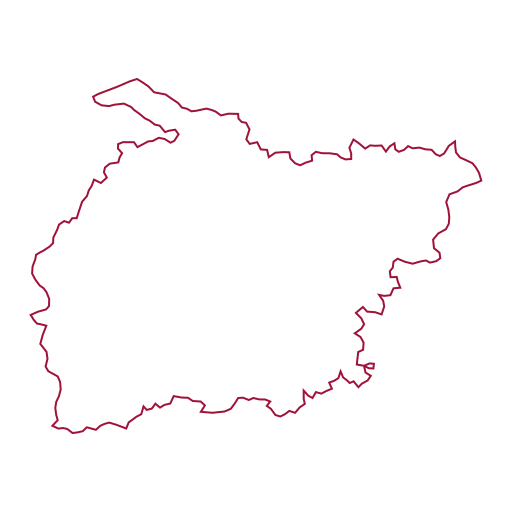 Tamarana, Paraná, Brazil
{"feature_id": "56859067B49132852367712", "entity_name": "Tamarana", "entity_type": "district", "adm_level": 2, "iso_a3": "BRA", "parent_name": "Brazil", "parent_adm1": "Paraná", "projection": "mercator", "projection_center": [-51.042, -23.816], "detail": "fine", "context": "isolated", "style": "outline", "palette": "rose", "viewbox_px": 512, "rotation_deg": 0, "n_neighbors": 0, "source": "geoboundaries", "source_scale": "gbopen_adm2", "svg_char_len": 3596}
<svg xmlns="http://www.w3.org/2000/svg" viewBox="0 0 512 512"><path d="M94.0,179.6L91.7,185.8L88.8,190.4L87.0,196.0L82.1,201.7L78.8,211.6L76.7,218.2L72.2,218.2L69.0,222.7L64.1,221.1L59.0,224.6L57.3,229.5L53.3,237.6L53.1,243.1L49.7,246.5L43.4,250.7L39.6,252.6L36.0,254.9L35.3,259.3L32.6,266.4L32.1,273.5L35.5,279.9L39.8,285.6L43.6,288.2L46.5,292.2L49.2,298.9L49.0,306.1L46.1,309.4L38.0,311.7L30.7,314.9L33.7,319.8L36.9,323.5L41.6,324.5L46.3,325.7L42.7,335.0L40.3,343.9L46.5,351.8L47.5,358.7L45.6,366.5L48.3,371.2L57.7,376.4L60.1,382.0L60.7,389.4L59.0,396.0L56.2,402.0L55.3,407.9L56.2,414.8L57.7,420.2L52.4,425.8L58.5,428.6L63.0,428.0L67.3,429.0L72.5,433.0L77.5,432.4L82.7,431.2L86.8,427.3L95.9,429.8L100.3,425.8L104.5,423.9L109.1,422.6L115.9,424.6L126.2,428.5L128.7,422.4L136.5,416.7L141.3,414.2L143.5,406.4L146.7,409.9L151.8,408.6L155.4,403.7L160.0,407.6L164.4,404.9L170.3,403.5L173.7,396.1L181.3,397.5L188.0,397.8L192.8,401.0L200.7,401.5L204.9,405.4L200.9,411.8L212.6,412.8L216.9,412.3L224.6,411.5L230.8,408.8L234.8,403.4L238.2,398.0L243.0,397.7L248.8,400.0L253.3,398.0L259.2,399.4L265.2,399.5L270.2,401.5L266.8,405.9L270.9,408.8L275.4,415.0L280.3,416.5L284.8,414.3L289.3,410.9L295.1,412.8L299.7,407.4L304.8,403.9L303.7,398.8L303.7,390.6L308.2,395.6L312.5,398.0L315.9,392.1L321.3,393.6L326.6,390.9L331.9,388.7L329.2,382.6L334.1,380.8L338.4,378.1L340.6,371.4L343.1,377.4L346.7,380.1L349.7,383.0L353.6,381.3L358.4,387.2L361.8,383.7L367.6,380.5L370.8,375.8L365.5,372.5L364.0,365.8L356.8,364.5L358.2,352.0L363.1,349.8L363.6,342.7L360.5,337.0L354.8,333.3L361.3,328.7L364.1,324.2L361.3,318.3L355.9,312.9L362.9,307.0L367.1,311.6L375.1,312.2L381.6,314.4L384.2,306.5L383.2,300.8L379.1,294.9L384.3,295.9L390.4,295.2L393.5,288.3L400.3,287.7L398.0,282.2L396.7,277.0L390.6,277.2L389.8,271.3L392.8,267.6L393.5,261.7L397.6,258.7L405.0,261.8L412.6,263.7L421.1,261.3L426.0,260.5L430.0,262.6L436.2,261.2L440.3,258.2L439.5,252.7L434.0,248.2L433.1,239.6L438.3,233.4L445.9,229.2L448.8,223.8L449.3,217.2L448.4,209.8L446.2,202.0L449.5,194.3L457.6,191.4L462.6,187.4L467.1,185.8L472.0,184.3L476.8,182.7L481.3,180.6L479.0,172.8L475.6,167.1L472.4,163.2L465.9,160.1L459.9,157.4L456.0,152.4L455.3,146.9L455.0,141.4L448.8,145.9L444.1,153.5L439.8,156.0L435.8,154.3L431.6,149.8L425.3,149.3L419.4,147.6L412.6,148.3L408.1,146.1L404.0,149.9L398.7,151.8L395.3,149.3L394.4,143.3L389.7,146.4L385.9,151.6L381.6,145.5L375.3,145.8L370.1,145.4L365.2,148.6L358.9,143.3L353.5,139.5L349.4,147.7L351.2,153.5L351.2,159.0L345.4,159.4L340.6,157.4L337.1,154.3L329.8,153.3L321.9,153.2L315.9,151.8L311.6,155.2L312.1,160.7L305.8,162.6L300.1,165.3L295.0,163.2L290.4,158.5L289.3,152.3L283.7,152.1L275.3,152.7L268.8,157.2L267.1,149.9L260.8,149.4L257.2,142.2L249.7,143.9L246.3,139.3L249.5,129.4L246.1,122.8L241.7,122.0L238.5,118.6L238.1,113.9L228.5,113.7L220.9,115.4L215.5,111.5L211.1,109.8L206.3,108.6L196.6,110.7L191.4,111.3L187.1,108.8L181.8,107.5L178.2,103.1L170.6,98.0L165.6,94.5L160.0,93.4L154.1,92.3L148.5,86.5L142.3,82.2L137.0,79.0L129.4,81.5L117.9,86.5L98.2,94.0L93.1,96.7L95.1,101.7L101.5,105.3L109.1,106.1L114.4,104.7L123.9,103.6L131.1,107.0L134.1,110.0L138.8,113.3L145.0,118.4L149.6,120.6L154.8,124.6L159.7,125.7L165.1,132.1L169.0,130.7L175.2,129.7L178.6,134.3L174.3,140.8L170.5,142.7L164.7,139.0L158.8,137.8L152.7,141.0L148.2,141.4L141.5,145.0L137.4,147.1L134.0,142.2L122.8,142.2L118.1,144.1L118.0,148.6L122.1,153.2L119.6,157.4L118.3,162.4L109.7,163.7L105.0,167.5L103.9,172.2L106.8,177.6L100.9,183.0L94.0,179.6ZM364.0,365.8L368.8,368.2L373.4,368.5L373.9,363.8L369.7,363.4L364.0,365.8Z" fill="none" stroke="#9f1239" stroke-width="2"/></svg>